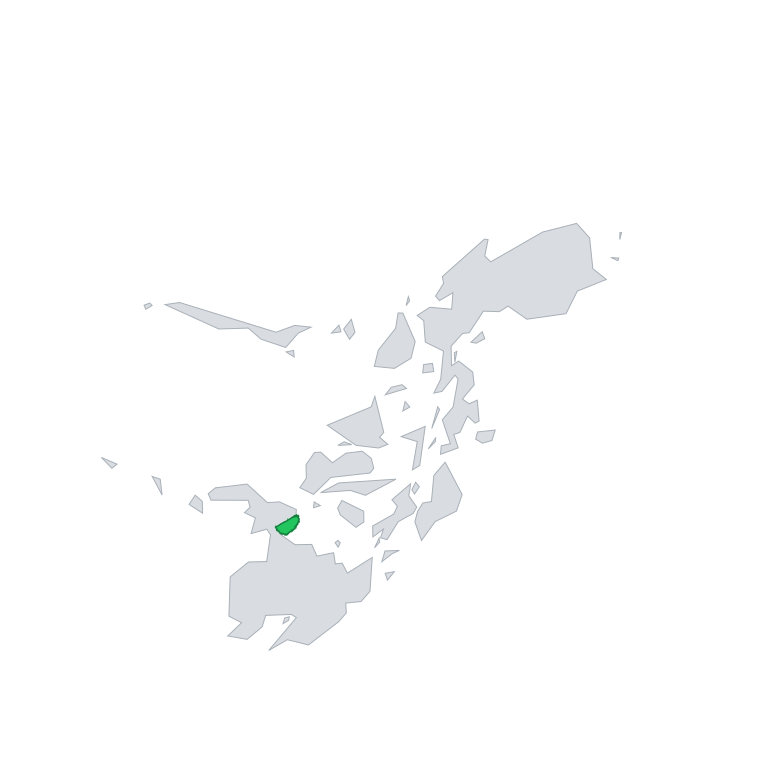 Misamis Occidental, Misamis Occidental, Philippines (highlighted), rotated 60°
{"feature_id": "2640588B78942230860818", "entity_name": "Misamis Occidental", "entity_type": "district", "adm_level": 2, "iso_a3": "PHL", "parent_name": "Philippines", "parent_adm1": "Misamis Occidental", "projection": "albers", "projection_center": [123.731, 8.341], "detail": "fine", "context": "in_parent", "style": "filled", "palette": "green", "viewbox_px": 768, "rotation_deg": 60, "n_neighbors": 0, "source": "geoboundaries", "source_scale": "gbopen_adm2", "svg_char_len": 7433}
<svg xmlns="http://www.w3.org/2000/svg" viewBox="0 0 768 768"><g transform="rotate(60 384 384)"><path d="M360.3,132.9L388.6,145.5L404.6,139.2L400.2,170.1L414.1,191.2L399.3,227.9L378.6,237.6L379.0,248.0L370.6,261.5L382.2,284.6L379.5,290.7L384.8,307.0L401.9,316.4L401.5,307.8L418.0,301.2L429.8,306.3L436.2,323.6L443.7,320.2L444.6,311.3L463.7,320.2L463.4,324.7L453.5,327.7L463.9,342.5L462.5,348.8L476.4,351.7L473.2,370.2L466.1,365.3L468.9,356.4L444.2,351.4L438.5,335.7L416.7,317.3L411.8,318.1L419.4,337.5L416.8,345.4L408.2,332.5L385.2,316.0L368.4,327.3L349.0,317.9L341.2,321.0L340.5,305.9L353.1,288.0L339.4,278.6L339.5,294.3L333.7,295.4L326.6,282.0L320.1,279.7L308.8,224.5L311.0,221.7L323.6,232.8L331.6,230.4L331.7,170.7L341.2,136.9L360.3,132.9ZM528.3,480.9L556.5,499.8L560.9,512.6L554.6,526.7L563.4,531.1L567.2,542.1L572.2,579.9L557.1,595.6L557.1,617.0L542.5,576.7L537.2,579.5L525.2,602.2L533.4,611.0L536.7,630.2L524.1,645.3L519.5,626.7L507.5,634.4L474.1,613.6L470.4,590.3L479.1,574.4L457.9,557.7L451.1,558.1L447.1,573.9L435.6,562.3L425.7,569.1L423.7,561.5L416.8,559.8L398.1,591.9L391.1,591.1L389.6,582.0L402.2,552.6L428.4,544.3L433.9,533.4L448.9,522.7L465.1,533.4L463.1,548.6L478.7,541.4L486.8,526.8L499.5,528.2L504.9,512.0L515.5,516.1L518.2,509.8L529.5,510.3L528.3,480.9ZM444.4,500.2L431.7,508.7L426.7,498.3L414.9,491.9L408.6,478.4L411.4,472.9L426.4,468.0L424.9,451.5L431.4,436.4L442.0,432.2L451.9,435.0L454.1,440.6L438.3,476.8L444.4,500.2ZM518.8,371.6L530.3,384.8L528.7,408.4L538.3,429.8L518.8,426.2L511.0,418.4L506.5,409.9L509.5,401.7L488.1,386.5L482.3,370.1L518.8,371.6ZM390.1,398.1L425.8,408.4L428.0,414.5L438.2,410.8L436.7,420.7L423.1,438.9L391.3,453.8L397.4,406.5L390.1,398.1ZM253.8,499.5L205.8,533.9L211.2,520.3L285.2,451.6L288.6,432.1L298.3,418.8L297.1,433.0L303.2,450.9L283.7,468.1L267.7,473.6L253.8,499.5ZM332.0,332.2L362.9,335.8L375.2,347.7L375.7,367.1L363.9,383.6L351.8,372.0L341.5,346.0L329.5,336.3L332.0,332.2ZM493.2,418.4L507.0,417.2L510.7,423.6L510.3,440.4L520.3,459.2L515.4,463.9L509.3,456.9L510.9,470.1L501.3,464.8L501.5,440.6L496.6,433.5L488.2,435.0L483.7,410.8L493.2,418.4ZM446.4,493.2L447.0,472.8L472.4,421.2L471.1,455.7L459.3,466.4L446.4,493.2ZM494.1,479.9L475.7,487.3L468.4,486.3L463.8,478.7L484.0,465.2L493.4,470.4L494.1,479.9ZM441.3,369.5L472.4,393.8L472.6,402.3L450.5,384.0L438.2,395.4L441.3,369.5ZM484.5,328.2L477.6,332.2L472.3,327.0L479.5,310.7L486.9,318.8L484.5,328.2ZM405.2,605.7L390.8,613.0L385.9,603.1L394.8,600.1L405.2,605.7ZM311.6,380.0L324.8,383.3L328.1,391.5L316.3,391.5L311.6,380.0ZM390.4,331.7L398.1,334.7L393.8,344.9L387.0,340.0L390.4,331.7ZM354.5,625.4L369.2,631.7L348.1,631.0L354.5,625.4ZM536.8,474.7L529.1,466.6L535.8,453.9L535.0,461.6L536.8,474.7ZM399.1,366.7L394.0,388.2L390.5,379.3L393.6,368.8L399.1,366.7ZM319.9,655.3L320.9,661.8L306.3,665.5L319.9,655.3ZM395.2,274.1L394.7,283.8L391.3,287.8L387.8,272.8L395.2,274.1ZM420.4,442.2L414.1,454.6L414.1,447.4L420.4,442.2ZM317.3,395.1L313.7,404.0L310.5,393.6L317.3,395.1ZM494.5,412.5L489.6,412.8L484.9,405.7L490.7,404.8L494.5,412.5ZM416.8,373.1L416.8,381.2L409.8,374.5L416.8,373.1ZM555.6,479.1L548.5,477.6L551.7,468.9L555.6,479.1ZM433.9,348.6L446.4,364.9L430.6,348.9L433.9,348.6ZM315.7,448.3L307.3,452.7L309.7,445.5L315.7,448.3ZM457.5,500.0L455.9,506.9L451.2,503.4L457.5,500.0ZM459.6,368.4L462.3,378.1L456.2,365.9L459.6,368.4ZM200.1,552.9L195.8,552.4L196.8,546.3L200.1,545.6L200.1,552.9ZM502.4,505.3L496.9,505.7L496.4,502.0L499.7,501.3L502.4,505.3ZM541.0,591.3L537.0,587.0L538.2,582.5L541.0,584.7L541.0,591.3ZM324.8,320.2L327.1,325.6L320.6,319.3L324.8,320.2ZM518.8,466.8L521.1,474.0L515.0,465.3L518.8,466.8ZM394.1,119.8L387.9,124.2L392.4,117.7L394.1,119.8ZM400.5,311.7L392.1,307.5L392.2,304.6L400.5,311.7ZM371.5,102.5L376.8,107.5L370.9,104.1L371.5,102.5Z" fill="#d9dde1" stroke="#a8b0b8" stroke-width="1"/><path d="M456.7,549.7L456.9,550.0L457.1,550.0L457.2,549.7L457.3,549.7L457.4,549.8L457.5,549.8L457.7,549.4L457.8,549.4L458.1,549.1L458.4,548.9L458.6,549.0L458.6,548.9L458.8,548.8L459.0,548.6L459.4,548.5L459.5,548.5L459.9,548.6L460.1,548.7L460.3,548.6L460.7,548.5L461.1,548.6L461.1,548.4L461.3,548.4L461.6,548.5L461.5,548.4L461.5,548.2L462.2,548.0L462.1,547.9L462.0,547.7L462.6,547.3L462.5,547.2L462.5,546.9L462.7,546.6L462.9,546.5L463.2,546.4L463.3,546.4L463.5,546.2L463.8,545.9L464.0,545.5L464.2,545.4L464.3,545.4L464.4,545.1L464.5,545.0L464.5,544.9L464.7,545.0L464.8,545.0L464.5,545.1L464.4,545.1L464.5,545.1L464.9,545.0L464.9,544.9L464.9,545.0L465.0,545.1L465.1,544.9L465.2,544.7L465.3,544.7L465.3,544.4L465.5,544.2L465.6,544.3L465.4,544.4L465.7,544.3L465.9,543.6L465.8,543.0L465.7,542.9L465.8,542.9L465.7,542.7L465.8,542.5L465.7,542.4L465.6,542.5L465.7,542.3L465.6,542.0L465.7,541.9L465.6,541.5L465.5,541.2L465.4,541.0L465.4,540.9L465.3,540.7L465.2,540.7L465.0,540.4L465.0,540.2L465.2,539.9L465.1,539.5L465.0,539.3L465.1,539.2L465.1,538.8L465.0,538.6L465.0,538.3L465.0,538.2L465.2,537.9L465.6,537.8L465.6,537.7L465.4,537.5L465.4,537.4L465.5,537.4L465.4,537.4L465.4,537.2L465.2,537.2L465.0,536.8L465.0,536.7L464.9,536.7L465.0,536.6L464.9,536.5L465.0,536.4L465.0,536.5L465.1,536.4L464.9,536.2L464.8,535.8L464.9,535.4L464.8,535.2L464.9,535.3L464.8,535.1L464.7,534.9L464.5,534.5L464.6,534.3L464.5,534.1L464.6,533.8L464.6,533.5L464.2,533.2L463.9,532.7L463.7,532.6L463.8,532.5L463.7,532.5L463.8,532.4L463.7,532.2L463.8,531.9L463.8,531.7L463.6,531.5L463.6,531.4L463.3,531.1L463.1,531.0L462.9,530.8L462.8,530.7L462.7,530.7L462.8,530.7L462.7,530.6L462.6,530.4L462.5,530.5L462.5,530.4L462.4,530.5L462.5,530.4L462.4,530.3L462.3,530.2L462.6,530.1L462.6,529.6L462.5,529.4L462.1,528.8L462.1,528.7L461.8,528.5L461.7,528.6L461.6,528.4L461.3,528.2L461.1,527.9L461.1,527.7L460.9,527.8L461.0,527.7L460.9,527.6L461.1,527.4L461.1,527.0L461.0,526.9L461.1,526.7L461.2,526.8L461.1,526.7L461.2,526.8L461.3,526.8L461.1,526.7L461.0,526.8L460.9,526.8L460.9,526.7L460.7,526.6L460.8,526.5L460.6,526.4L460.6,526.5L460.8,526.8L460.8,527.0L460.8,527.3L460.8,527.1L460.7,527.1L460.7,526.9L460.7,527.0L460.7,526.8L460.5,526.7L460.2,526.7L460.3,526.5L460.2,526.4L459.7,525.9L459.4,525.7L459.1,525.6L458.9,525.3L458.8,525.2L458.5,525.2L458.3,525.1L458.1,525.2L457.9,525.0L457.6,525.3L457.3,525.4L457.2,525.4L457.1,525.2L456.9,525.2L456.8,525.5L456.9,525.4L456.7,525.3L456.6,525.5L456.6,525.4L456.8,525.2L456.6,525.1L456.3,525.1L456.2,525.0L456.2,524.9L455.9,524.8L455.9,524.7L456.0,524.7L456.2,524.4L456.0,524.2L455.7,524.0L455.0,524.1L454.9,524.1L454.6,524.5L454.8,524.6L455.2,524.4L455.4,524.5L455.5,524.7L455.5,524.8L455.3,524.9L455.4,525.0L455.1,525.1L455.1,525.3L454.8,525.6L454.7,525.8L454.6,526.0L454.4,526.1L454.6,526.2L454.5,526.3L454.4,526.4L454.4,526.9L454.5,527.0L454.4,527.2L454.3,527.5L454.1,527.7L454.1,527.9L453.9,527.7L454.0,527.4L453.9,527.3L454.1,526.9L453.8,527.1L453.7,527.1L453.7,526.9L453.8,526.8L453.7,526.7L453.8,526.6L453.9,526.4L454.0,526.3L454.0,526.2L453.9,526.2L453.7,526.0L453.6,529.7L453.6,530.6L453.8,531.6L453.8,532.3L453.8,535.2L453.7,535.2L453.8,535.3L453.9,536.7L453.9,536.8L454.0,538.1L453.8,538.8L453.7,538.9L453.7,541.5L453.7,542.3L453.6,543.2L453.7,543.4L453.9,547.8L453.7,548.4L453.8,549.2L453.7,549.2L453.8,549.3L453.8,549.5L454.1,549.5L454.5,549.5L454.8,549.5L454.9,549.3L455.1,549.3L455.1,549.5L455.4,549.5L455.5,549.3L455.8,549.4L456.0,549.2L456.3,549.3L456.6,549.2L456.8,549.3L456.6,549.6L456.7,549.7ZM454.4,525.5L454.2,525.6L454.0,526.0L454.3,525.8L454.4,525.5Z" fill="#22c55e" stroke="#15803d" stroke-width="1.5"/></g></svg>